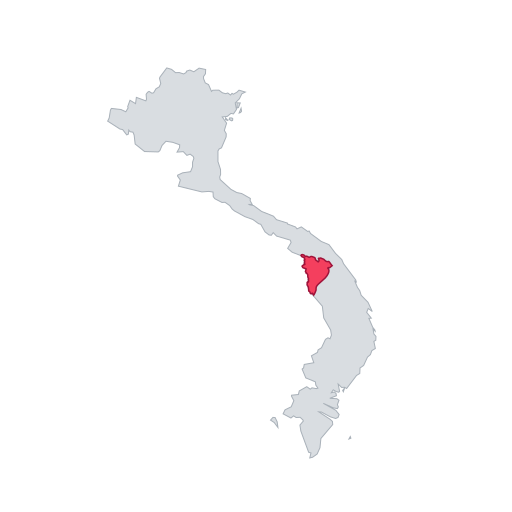 Kon Tum on a map of Vietnam (Natural Earth projection), rotated 338°
{"feature_id": "VNM-486", "entity_name": "Kon Tum", "entity_type": "Province", "adm_level": 1, "iso_a3": "VNM", "parent_name": "Vietnam", "parent_adm1": "", "projection": "natural_earth1", "projection_center": [107.772, 14.666], "detail": "fine", "context": "in_parent", "style": "filled", "palette": "rose", "viewbox_px": 512, "rotation_deg": 338, "n_neighbors": 0, "source": "natural_earth", "source_scale": "10m", "svg_char_len": 6014}
<svg xmlns="http://www.w3.org/2000/svg" viewBox="0 0 512 512"><g transform="rotate(338 256 256)"><path d="M307.5,100.0L303.6,100.3L299.5,104.0L294.1,106.3L292.8,112.8L288.3,115.8L286.2,114.4L281.7,115.8L276.8,114.4L278.5,121.8L273.7,127.7L274.2,131.5L272.9,134.4L264.5,142.8L262.0,142.9L260.1,144.3L256.1,154.2L255.5,162.5L253.7,167.2L251.9,169.2L251.4,171.7L257.7,184.8L262.0,190.0L266.1,192.7L272.3,200.5L271.3,202.5L271.8,206.8L268.9,205.6L269.2,206.1L272.7,208.4L277.9,216.8L287.1,225.6L288.6,230.0L297.4,237.2L297.2,238.1L303.5,243.9L304.2,246.2L308.9,246.0L313.2,252.7L314.6,252.7L315.0,255.6L322.0,267.0L327.9,272.8L330.7,283.4L334.2,291.4L334.3,296.0L339.5,315.6L339.2,318.2L338.2,315.7L338.3,323.1L339.2,327.0L338.8,331.8L342.5,340.9L343.0,351.0L340.4,346.7L337.5,349.7L339.6,356.8L337.3,356.1L337.5,365.8L338.5,369.1L338.3,370.4L337.1,367.8L336.1,372.4L337.1,375.5L335.5,379.0L333.3,379.3L332.0,386.5L328.0,387.1L325.1,390.3L321.5,391.5L314.8,397.8L310.5,398.8L308.2,403.8L304.5,404.4L290.4,412.8L288.8,410.8L286.2,410.0L284.2,405.5L282.8,412.8L281.7,413.3L279.6,411.8L277.5,409.0L274.6,411.0L277.8,411.5L278.7,413.5L278.2,415.7L271.1,415.6L277.5,418.6L278.9,420.8L275.8,424.3L275.8,426.8L274.3,428.0L270.8,425.7L263.2,417.8L272.2,429.0L273.7,434.1L271.6,436.4L269.0,436.5L264.8,433.1L258.1,425.1L255.8,424.0L263.7,435.4L264.9,438.0L264.0,441.0L247.8,449.5L243.5,457.7L238.5,462.5L233.1,463.8L230.2,463.4L233.2,459.2L231.3,457.7L232.0,435.1L233.4,429.2L238.0,426.8L238.1,425.6L236.5,422.1L232.7,420.8L231.0,418.3L227.7,419.3L222.0,412.5L225.3,409.5L232.2,409.0L236.9,404.3L236.4,399.1L236.9,398.4L243.4,400.3L245.6,397.3L254.1,396.2L256.4,399.8L258.5,399.2L262.3,401.6L263.9,401.7L263.1,398.1L263.9,394.9L256.5,387.7L256.4,378.1L258.2,377.6L260.1,374.6L269.6,376.6L270.0,369.3L276.9,368.4L278.4,366.3L282.4,365.6L289.2,359.3L292.1,358.8L293.6,360.5L296.3,357.6L297.5,352.6L295.6,338.8L298.7,327.4L292.1,308.0L292.9,301.2L294.9,298.9L297.0,293.3L296.8,287.0L295.7,284.0L297.5,281.8L299.9,276.2L297.7,272.4L290.9,266.0L288.2,260.8L293.6,256.6L293.7,254.1L282.6,245.3L280.7,240.8L278.0,242.5L276.0,241.4L273.4,237.0L272.3,228.4L270.5,227.0L266.8,221.0L260.5,215.4L253.0,206.3L251.5,203.6L250.5,199.4L247.4,194.6L244.5,193.6L239.3,187.5L238.6,185.0L240.1,180.6L236.4,178.4L229.8,176.3L210.2,162.2L214.3,157.2L213.2,152.5L213.6,151.7L219.1,151.4L226.9,153.3L230.6,149.5L232.3,145.3L235.0,142.1L235.1,140.2L233.1,136.9L229.6,136.8L227.7,132.0L221.7,130.1L225.7,126.9L226.9,124.3L221.4,119.4L215.5,115.9L210.3,118.3L206.3,122.3L204.4,122.9L191.8,117.4L185.9,106.9L188.3,98.3L188.3,95.1L185.8,93.6L185.2,91.6L183.3,95.2L181.5,95.3L179.7,88.8L177.4,87.3L169.0,75.4L171.6,73.0L175.7,66.2L177.2,65.0L185.7,69.6L189.3,73.5L192.9,70.8L193.0,69.4L197.5,64.4L201.4,69.6L204.5,64.1L212.0,70.9L213.2,69.6L214.7,64.9L216.8,63.6L218.5,63.3L220.5,66.1L222.2,66.3L225.9,63.5L229.7,62.9L232.3,60.4L233.1,55.1L234.0,54.1L243.7,48.2L247.6,51.3L250.1,55.9L253.5,57.1L257.1,60.1L259.9,59.7L260.8,58.6L264.3,58.8L267.4,61.9L273.6,60.5L279.2,64.2L277.4,68.1L274.5,70.0L273.8,72.0L273.8,76.5L276.2,79.3L276.4,86.7L278.0,86.1L283.7,88.3L285.9,92.0L288.6,94.1L290.9,94.3L292.7,97.2L294.7,96.2L295.6,97.5L299.6,97.0L302.4,95.9L307.5,100.0ZM213.2,413.0L213.5,417.7L212.1,423.2L210.5,417.2L208.0,413.6L211.3,412.0L213.2,413.0ZM298.7,108.2L295.3,111.8L294.0,111.7L295.7,106.8L298.7,108.2ZM285.1,121.5L284.1,121.6L282.2,119.3L283.3,118.1L285.4,119.0L285.9,120.0L285.1,121.5ZM296.8,116.4L295.4,117.2L293.9,117.1L297.5,113.4L296.8,116.4ZM279.5,116.4L280.9,120.1L278.9,118.2L279.5,116.4ZM288.8,411.5L286.1,414.6L286.0,413.1L288.8,411.5ZM275.7,460.5L273.6,460.5L275.8,458.7L275.7,460.5Z" fill="#d9dde1" stroke="#a8b0b8" stroke-width="1"/><path d="M294.3,299.8L294.8,299.6L295.1,299.4L295.3,298.9L295.6,298.2L295.7,297.8L295.7,297.6L295.8,297.2L296.2,296.7L296.3,296.3L296.3,295.9L296.2,295.1L296.3,294.6L296.8,293.2L297.0,292.5L296.7,291.7L296.7,291.3L296.5,291.1L296.3,290.8L296.1,290.6L296.4,290.2L296.3,289.8L296.0,289.4L296.0,288.9L296.2,288.6L297.2,287.5L297.5,286.9L297.6,286.6L297.4,286.4L295.9,285.1L295.6,284.9L295.3,284.6L295.1,284.3L295.0,284.0L295.0,283.5L294.9,283.1L294.9,282.7L295.1,282.5L295.6,282.4L296.2,282.2L296.6,282.1L297.0,282.0L297.7,282.1L298.1,282.1L298.3,281.8L298.3,281.5L298.1,281.0L298.1,280.7L298.6,280.2L299.0,279.6L299.1,279.1L299.1,278.2L299.2,277.9L299.5,277.7L299.7,277.9L299.9,277.8L299.9,277.6L300.1,276.3L300.1,275.9L300.0,275.5L299.6,275.0L298.5,274.1L298.3,273.8L298.1,273.3L298.0,272.2L298.6,271.9L299.4,272.0L299.8,272.2L300.7,273.0L301.0,273.4L301.2,273.8L301.3,274.2L301.4,274.6L301.5,274.8L301.7,275.0L302.4,275.0L302.8,275.1L303.3,275.5L303.7,275.9L304.3,276.7L304.6,277.0L304.9,277.2L305.3,277.2L306.1,277.0L306.5,277.0L306.9,277.1L307.5,277.3L308.3,278.0L309.7,279.3L309.9,279.6L310.0,280.0L310.0,280.5L309.8,281.5L309.8,282.0L310.0,282.3L310.5,283.0L310.7,283.3L311.0,284.1L311.3,284.5L311.5,284.7L311.8,284.6L312.2,284.4L312.7,283.8L312.9,283.3L313.0,282.9L312.9,282.2L312.9,281.8L313.1,281.6L313.4,281.6L314.5,282.0L315.3,282.1L316.2,283.1L316.6,283.4L317.6,284.4L318.5,286.4L318.8,286.9L319.3,287.4L319.8,287.8L320.2,288.0L321.0,288.2L321.4,288.3L321.6,288.7L321.9,289.5L322.5,292.0L323.0,293.5L320.0,294.4L319.8,294.4L319.6,294.3L319.1,294.0L318.8,293.9L318.4,293.9L318.2,294.0L318.0,294.4L318.0,294.6L318.3,295.0L318.4,295.3L318.4,295.6L318.3,296.2L318.1,297.0L317.4,298.2L316.3,299.4L314.4,300.9L311.9,302.3L303.1,305.5L301.5,306.3L300.5,307.1L300.0,307.7L299.6,308.4L299.3,309.2L298.8,310.2L297.9,311.2L296.9,312.2L295.4,313.5L294.9,313.8L294.9,313.6L294.5,312.8L294.5,312.5L294.5,312.3L294.5,312.0L294.4,311.7L294.0,311.6L293.1,311.7L292.7,311.5L292.4,311.0L292.4,310.4L292.5,309.8L292.4,309.3L292.2,308.8L291.9,308.5L291.8,308.2L292.0,307.5L292.8,304.9L292.9,303.9L292.9,303.6L292.8,303.3L292.6,302.8L292.6,302.5L292.6,301.9L292.8,301.4L293.3,300.4L293.3,300.2L293.4,299.9L293.5,299.7L294.0,299.4L294.1,299.5L294.3,299.8Z" fill="#f43f5e" stroke="#9f1239" stroke-width="1.5"/></g></svg>